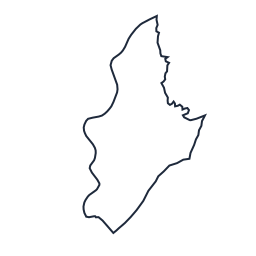 the district of Kangdong, P'yŏngyang, North Korea, rotated 241°
{"feature_id": "82179303B54519262383509", "entity_name": "Kangdong", "entity_type": "district", "adm_level": 2, "iso_a3": "PRK", "parent_name": "North Korea", "parent_adm1": "P'yŏngyang", "projection": "albers", "projection_center": [126.182, 39.082], "detail": "fine", "context": "isolated", "style": "outline", "palette": "slate", "viewbox_px": 256, "rotation_deg": 241, "n_neighbors": 0, "source": "geoboundaries", "source_scale": "gbopen_adm2", "svg_char_len": 1674}
<svg xmlns="http://www.w3.org/2000/svg" viewBox="0 0 256 256"><g transform="rotate(241 128 128)"><path d="M155.0,96.4L154.6,95.0L152.2,91.6L149.9,89.5L146.8,88.2L144.4,87.8L141.2,87.6L130.7,89.4L126.6,89.4L124.0,88.8L121.7,87.6L117.9,84.6L116.2,82.7L113.5,76.8L111.4,75.0L106.5,74.8L97.7,76.1L93.4,76.1L92.1,75.4L89.5,71.2L89.1,69.8L88.2,61.8L87.5,59.6L85.7,56.1L84.1,53.8L83.0,52.8L80.9,51.0L78.3,49.7L74.9,48.7L70.6,48.5L70.3,49.0L68.9,50.6L67.2,55.7L66.6,56.6L65.5,56.6L64.3,59.0L59.4,60.9L43.3,64.3L44.0,68.2L44.8,71.4L46.4,79.2L48.8,87.1L52.0,95.7L56.8,106.0L63.2,115.4L67.9,126.4L71.1,131.1L72.7,138.2L75.1,146.0L73.5,153.9L73.5,161.0L71.3,166.8L75.9,170.6L81.1,177.6L85.1,181.9L87.7,186.1L91.6,189.0L94.3,193.2L98.2,196.1L100.4,199.5L101.7,201.4L102.9,192.4L104.4,186.7L105.0,185.8L110.1,182.3L112.5,182.2L111.9,187.4L114.1,190.0L116.7,189.6L117.5,187.0L117.7,184.6L120.3,185.8L123.3,184.6L123.3,182.3L124.1,179.7L126.7,180.9L129.0,180.7L127.9,178.2L127.9,175.9L130.3,174.9L132.7,175.9L135.3,177.6L140.8,177.5L145.8,179.0L151.1,179.0L151.4,181.6L152.5,184.1L155.1,185.1L157.7,187.3L158.6,189.6L163.7,192.8L165.1,195.5L168.0,193.4L170.4,194.1L170.8,197.0L174.7,192.0L177.5,192.5L180.4,193.9L188.3,195.2L193.7,198.7L196.3,201.3L198.8,199.7L201.7,201.2L203.8,203.9L208.8,205.4L212.0,207.5L212.5,199.7L212.7,191.4L212.5,188.9L210.9,182.9L208.0,176.0L205.8,171.9L200.4,164.8L198.3,161.1L197.3,158.5L196.7,155.6L196.0,149.3L194.7,146.4L191.4,143.2L187.2,142.1L171.1,139.5L166.9,137.6L164.4,135.7L157.9,128.0L155.0,123.9L153.9,121.4L152.6,117.9L151.8,114.6L151.5,111.2L152.2,107.9L154.2,102.0L155.4,97.5L155.0,96.4Z" fill="none" stroke="#1e293b" stroke-width="2"/></g></svg>